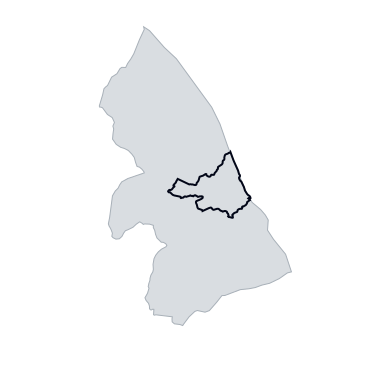 Grand Bassa highlighted on a map of Liberia, rotated 206°
{"feature_id": "LBR-785", "entity_name": "Grand Bassa", "entity_type": "County", "adm_level": 1, "iso_a3": "LBR", "parent_name": "Liberia", "parent_adm1": "", "projection": "albers", "projection_center": [-9.727, 6.117], "detail": "fine", "context": "in_parent", "style": "outline", "palette": "ink", "viewbox_px": 384, "rotation_deg": 206, "n_neighbors": 0, "source": "natural_earth", "source_scale": "10m", "svg_char_len": 6199}
<svg xmlns="http://www.w3.org/2000/svg" viewBox="0 0 384 384"><g transform="rotate(206 192 192)"><path d="M67.6,163.8L70.8,161.1L75.6,152.4L82.2,144.0L88.3,139.0L93.2,133.9L98.4,130.0L105.8,125.4L117.1,113.4L119.7,112.0L121.5,103.7L124.4,93.0L127.6,89.7L135.3,87.8L137.1,85.9L139.9,78.5L141.6,69.7L141.8,67.9L144.8,67.6L150.0,65.8L152.9,66.6L154.3,69.1L155.0,71.2L170.6,65.8L172.0,64.7L172.8,64.9L174.8,69.8L175.9,69.5L176.9,68.1L177.9,67.9L179.1,68.6L180.3,70.9L182.3,72.9L185.7,74.4L187.9,76.3L187.6,81.6L188.5,86.7L189.9,87.8L190.7,90.9L191.1,94.2L191.9,96.0L192.5,99.3L192.2,103.0L192.8,105.5L195.3,109.9L196.9,115.4L196.9,119.3L196.0,123.5L194.4,127.2L191.4,131.3L191.2,133.0L192.9,134.0L195.6,134.2L197.7,133.4L203.3,135.3L206.2,138.0L208.8,141.3L211.1,143.0L212.1,145.1L216.1,144.5L220.6,142.5L221.6,141.5L222.9,142.0L225.9,142.3L228.0,138.6L229.6,134.4L233.2,129.8L234.9,128.0L235.4,125.1L235.5,121.4L236.8,118.1L239.7,116.3L242.9,116.3L244.6,117.0L245.5,120.1L248.1,122.6L250.2,124.2L251.4,124.9L253.2,126.7L254.9,133.1L261.8,153.7L261.4,159.3L260.1,163.0L260.1,166.7L259.6,170.3L255.5,176.1L243.3,188.2L244.2,189.2L247.2,190.6L250.1,191.3L252.6,190.9L255.7,193.9L259.0,197.7L262.5,199.6L267.5,201.4L271.9,201.5L275.7,200.9L281.0,201.6L286.6,204.7L288.6,209.9L290.0,214.3L292.0,216.6L292.2,220.5L296.3,223.9L302.0,224.6L309.4,228.5L311.3,228.3L312.1,227.8L313.0,228.6L314.9,240.1L316.4,246.3L315.6,248.7L314.6,250.7L314.6,260.0L311.3,265.4L310.8,271.3L309.8,273.2L306.2,274.9L306.2,279.4L305.3,284.9L304.9,290.7L306.0,305.9L306.2,317.2L307.9,319.3L300.9,318.4L280.3,309.8L264.4,304.9L211.4,276.8L196.7,265.4L179.7,248.5L142.0,214.4L133.4,209.0L122.6,206.3L115.9,203.4L111.2,200.2L107.4,190.8L98.0,185.2L80.6,177.1L67.6,163.8Z" fill="#d9dde1" stroke="#a8b0b8" stroke-width="1"/><path d="M174.9,244.7L168.3,238.4L160.0,231.5L157.8,229.0L157.4,228.7L156.3,228.1L156.0,227.6L155.8,227.0L156.0,226.2L156.0,225.5L155.4,224.6L154.4,223.8L153.4,223.2L152.4,223.0L151.8,222.6L147.5,219.2L145.0,216.5L141.8,214.5L140.7,214.0L138.4,213.6L137.3,212.9L136.7,212.1L136.9,211.3L137.4,211.6L137.9,211.7L138.3,211.5L138.6,210.9L137.4,210.6L136.5,210.0L136.6,209.9L137.2,208.7L137.3,208.4L137.5,208.0L137.9,207.4L138.0,207.0L137.9,206.8L137.7,206.2L137.6,205.8L137.9,204.0L138.0,203.7L139.0,202.3L139.3,201.7L139.5,201.5L139.9,201.4L140.2,201.2L140.4,200.8L140.4,200.5L140.3,200.2L140.1,200.0L140.0,199.7L139.9,199.5L140.0,199.2L139.9,199.0L139.9,198.7L140.1,198.6L140.7,198.3L141.4,198.0L142.5,197.0L142.8,196.4L143.0,195.9L143.0,195.5L142.8,194.6L142.7,194.3L142.7,194.0L142.9,193.7L144.8,191.7L145.0,191.0L145.3,190.5L145.5,189.8L145.7,189.3L145.7,189.0L145.6,188.8L145.0,188.5L144.9,188.2L144.8,187.7L144.6,187.5L144.4,187.4L144.2,187.3L144.1,186.8L144.3,186.6L144.8,186.4L147.0,186.0L148.0,185.6L148.6,185.8L148.9,185.9L148.9,186.1L148.8,186.4L148.8,186.6L148.8,186.9L148.9,187.1L149.1,187.3L149.5,187.6L149.8,187.9L149.9,188.0L150.0,188.2L150.1,188.3L151.1,188.6L151.3,188.7L151.5,188.9L151.8,189.3L152.0,189.5L152.4,189.6L152.9,189.6L153.7,189.5L154.2,189.3L154.7,188.9L155.0,188.7L155.2,188.4L155.7,187.9L155.9,187.8L156.9,188.0L157.6,187.8L158.5,187.8L160.2,188.4L160.6,188.4L161.1,188.4L161.5,188.2L162.1,187.9L163.7,186.4L164.3,185.8L164.6,185.6L164.9,185.4L165.4,185.4L165.7,185.4L166.0,185.5L167.2,186.1L167.4,186.2L167.7,186.3L167.9,186.3L168.1,186.3L168.4,186.2L169.7,185.0L174.2,179.5L174.5,179.9L174.7,180.0L174.9,180.2L175.4,180.2L178.3,179.9L178.6,179.8L178.9,179.8L179.2,179.8L179.8,180.1L180.1,180.4L180.4,180.6L182.0,182.6L183.4,183.8L183.7,184.2L184.0,184.6L184.1,184.9L184.1,185.2L184.1,185.4L184.0,185.6L184.0,185.8L183.8,186.0L183.1,186.9L182.2,187.8L180.7,189.7L180.1,190.7L180.1,190.9L180.0,191.2L179.9,191.4L180.0,191.6L180.0,191.8L180.1,192.1L180.2,192.3L180.4,192.5L180.9,192.5L181.6,192.3L183.3,191.3L184.4,190.3L184.7,190.2L185.2,190.3L185.9,190.5L186.2,190.5L186.7,190.5L187.0,190.4L187.5,190.5L187.8,190.4L188.0,190.3L188.4,189.9L188.8,189.3L188.8,189.0L189.0,188.7L189.6,188.6L189.9,188.7L190.2,188.6L190.5,188.4L190.8,188.2L191.1,188.1L191.6,188.2L192.0,188.2L192.6,187.5L193.0,187.0L193.9,186.3L195.0,185.2L195.3,185.1L195.9,185.1L196.3,185.0L196.7,184.7L196.9,184.4L197.1,184.0L197.2,183.7L197.3,183.3L197.6,183.0L198.5,182.4L198.9,182.0L199.1,181.8L199.3,181.7L199.7,181.9L199.9,182.2L200.0,182.5L200.7,182.6L206.5,181.1L207.5,181.1L208.1,181.0L210.9,181.9L211.6,182.1L211.9,181.9L212.1,181.8L212.6,181.6L213.0,181.7L213.3,181.8L213.7,182.0L213.8,182.2L213.8,182.4L213.6,182.8L213.5,183.3L213.5,183.5L213.3,183.9L213.2,184.0L212.3,184.4L212.1,184.4L212.0,184.5L211.4,185.3L211.3,185.5L211.1,186.1L210.8,187.8L210.7,188.1L210.2,189.1L210.2,189.3L210.4,189.5L210.5,189.5L211.0,189.3L211.3,189.4L211.5,189.6L211.6,189.9L211.6,190.1L211.3,191.5L210.8,192.8L210.8,193.2L210.7,193.6L210.8,194.6L210.8,194.8L210.7,195.8L210.6,197.5L197.8,197.6L197.0,198.2L196.5,198.4L195.6,198.6L195.2,198.9L194.9,199.0L192.5,199.5L192.2,199.6L191.7,200.0L191.4,200.4L191.4,200.6L191.4,200.8L191.4,201.1L191.6,201.5L191.7,201.9L191.7,202.3L191.6,202.7L191.2,204.3L191.2,204.7L191.2,205.6L191.8,208.8L191.7,209.1L191.4,209.5L189.6,211.2L189.2,211.6L187.9,213.8L187.5,214.2L187.3,214.3L187.0,214.3L186.9,214.1L186.7,213.9L186.4,213.5L186.2,213.4L185.6,213.2L184.7,213.1L184.0,213.1L183.3,213.3L183.0,213.4L182.7,213.7L182.5,213.9L182.4,214.2L182.3,214.4L182.3,214.7L182.3,215.2L182.3,215.5L182.2,215.9L182.0,216.1L180.4,216.7L180.1,217.0L179.8,217.2L179.8,217.5L179.8,218.2L179.9,218.4L179.9,218.6L179.9,219.0L179.2,221.5L179.1,221.8L179.1,222.0L179.3,222.6L179.3,222.8L179.3,223.1L178.9,223.6L178.9,223.9L178.9,224.1L179.0,224.5L179.5,225.6L179.5,225.8L179.5,226.0L179.4,226.2L177.5,229.4L177.3,229.8L177.1,230.6L177.1,230.8L177.1,231.0L177.2,231.5L177.7,232.6L177.8,233.0L177.9,233.3L177.9,233.6L177.9,233.8L177.8,234.0L177.4,234.7L177.3,234.9L177.3,235.2L177.3,235.4L177.3,235.7L177.4,235.9L177.5,236.2L177.9,236.8L178.1,237.3L178.5,239.1L178.5,239.4L178.5,239.8L178.3,240.4L178.1,240.7L176.7,242.1L176.5,242.5L176.3,242.8L176.2,243.2L176.0,243.4L175.7,243.6L175.3,243.7L175.1,243.9L175.0,244.2L174.9,244.4L174.9,244.7L174.9,244.7Z" fill="none" stroke="#020617" stroke-width="2"/></g></svg>